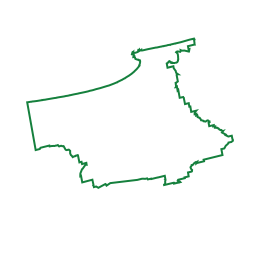 Noosa, Queensland, Australia, rotated 249°
{"feature_id": "25037944B90533392045393", "entity_name": "Noosa", "entity_type": "district", "adm_level": 2, "iso_a3": "AUS", "parent_name": "Australia", "parent_adm1": "Queensland", "projection": "equal_earth", "projection_center": [153.049, -26.318], "detail": "fine", "context": "isolated", "style": "outline", "palette": "green", "viewbox_px": 256, "rotation_deg": 249, "n_neighbors": 0, "source": "geoboundaries", "source_scale": "gbopen_adm2", "svg_char_len": 5664}
<svg xmlns="http://www.w3.org/2000/svg" viewBox="0 0 256 256"><g transform="rotate(249 128 128)"><path d="M68.9,206.5L74.8,207.6L74.4,210.6L76.4,212.9L77.2,215.1L77.7,216.1L78.4,216.6L77.9,219.5L78.2,220.2L78.3,221.0L78.6,221.4L79.7,221.7L80.2,221.5L83.6,222.1L84.1,218.6L86.7,216.2L86.8,216.2L87.0,216.8L90.1,214.1L91.0,215.5L91.0,215.3L91.6,215.1L92.2,214.5L92.7,214.4L92.9,214.1L92.8,213.7L93.8,212.8L94.2,212.7L94.9,212.2L95.1,212.3L96.2,211.5L96.3,210.9L96.9,210.4L96.8,210.1L97.1,209.3L98.3,210.0L98.9,208.0L99.2,208.1L99.1,208.4L99.2,208.5L100.0,209.0L100.6,204.5L104.0,205.1L104.2,206.3L104.9,206.4L104.9,205.9L106.5,205.3L106.6,204.3L106.2,202.8L106.3,202.4L106.9,201.7L107.2,201.0L107.7,201.0L108.8,199.5L109.0,199.0L110.1,199.0L111.2,198.7L111.5,198.4L111.9,198.5L113.2,196.9L113.6,196.9L114.0,197.2L115.2,197.3L115.2,196.1L116.7,196.8L116.9,195.1L117.3,195.2L117.7,195.7L117.9,195.6L118.6,196.1L119.0,196.9L119.5,197.2L119.5,197.4L119.7,197.8L120.4,192.8L125.7,193.9L125.8,193.3L125.9,192.9L129.4,193.6L129.9,189.8L136.9,191.0L137.0,191.4L137.7,187.1L145.6,188.6L145.2,187.7L149.0,188.5L148.8,188.0L149.0,187.2L149.5,187.8L152.2,188.4L152.3,188.6L153.1,188.7L153.1,189.4L153.6,191.2L160.1,192.4L160.4,193.5L160.2,194.0L162.0,192.8L163.2,192.8L164.1,193.0L167.4,192.1L169.4,192.5L169.8,189.6L169.7,189.6L170.1,186.5L174.4,187.3L174.5,187.7L174.5,188.5L175.3,189.6L175.6,190.5L175.5,190.8L175.0,190.9L174.7,191.1L174.3,191.1L174.2,191.3L174.1,191.1L173.9,191.1L173.5,191.4L173.1,191.9L173.0,192.7L172.7,192.8L172.6,193.0L172.5,193.6L172.0,194.6L171.8,195.7L171.7,195.8L171.6,195.7L171.8,195.9L171.7,196.4L171.8,197.4L172.2,198.1L173.1,198.9L173.4,199.0L173.6,199.0L173.9,199.4L174.3,199.6L175.4,199.9L175.5,199.9L176.0,200.1L176.8,200.4L177.4,200.5L178.4,200.8L179.2,200.9L180.0,200.8L181.1,200.4L181.5,200.1L181.8,200.6L181.7,201.8L180.4,204.1L181.2,205.0L181.8,205.1L180.9,206.0L180.1,208.4L177.6,212.1L177.9,212.3L177.8,212.5L179.1,213.3L179.1,213.2L179.6,213.5L179.6,212.7L182.9,213.3L182.1,219.8L182.0,220.1L182.3,220.1L182.6,220.1L183.3,220.5L185.5,221.0L185.9,221.1L186.5,221.7L186.7,221.8L187.0,221.4L187.1,221.5L187.8,221.6L188.4,217.2L189.2,207.9L189.8,203.5L189.9,203.0L189.8,202.7L190.0,202.4L190.6,197.9L190.6,197.3L190.5,197.1L190.7,196.9L191.0,195.4L191.1,195.1L191.2,193.4L191.7,190.8L191.6,190.6L191.7,190.3L191.9,189.8L192.1,188.1L192.3,187.3L192.8,183.8L193.1,182.9L193.5,180.5L194.5,174.5L195.2,169.5L195.5,168.4L195.6,168.2L196.2,168.4L196.1,168.0L196.3,168.0L196.0,167.9L196.1,167.5L196.2,167.3L196.2,167.1L196.1,166.9L196.1,166.6L196.9,166.7L197.0,166.7L196.7,166.3L196.8,166.3L196.8,166.1L197.1,166.2L197.3,165.7L197.2,165.6L197.0,165.8L196.7,165.7L196.4,165.5L196.4,165.4L196.3,165.2L196.1,165.1L195.9,165.1L195.7,165.2L195.5,164.1L195.6,161.9L195.8,160.8L196.0,160.2L196.2,160.3L196.5,160.0L197.0,160.2L196.8,159.8L197.1,160.0L197.3,159.7L197.2,159.4L195.6,158.2L195.5,158.4L195.4,158.7L195.0,158.8L194.9,158.9L194.7,159.0L194.5,159.5L194.1,159.7L193.6,159.5L193.1,159.0L193.1,158.9L192.8,158.7L192.5,158.5L192.3,158.6L192.3,158.8L192.2,158.7L192.0,159.5L191.8,159.7L191.4,159.8L190.8,159.7L189.8,159.7L189.7,159.9L189.3,160.3L188.8,160.9L188.3,161.4L188.2,161.9L188.0,162.3L187.9,162.4L187.4,162.4L187.2,162.9L186.9,163.4L186.1,163.3L185.1,162.9L184.4,162.3L184.4,162.0L184.4,161.9L184.3,162.3L183.9,162.2L182.1,160.6L181.9,160.8L180.8,158.9L180.0,157.5L179.3,155.9L179.0,155.1L178.4,153.9L177.3,150.7L176.5,147.5L176.4,147.2L176.3,146.2L175.8,143.8L175.5,142.8L175.6,142.6L175.2,140.0L175.1,139.7L175.1,139.2L174.8,135.5L174.7,134.6L174.5,134.4L174.6,134.1L174.5,131.0L174.5,125.4L174.7,123.6L175.2,116.3L175.7,112.1L175.9,109.0L176.1,107.5L176.4,105.8L176.5,103.9L177.0,100.4L178.0,94.3L178.0,93.9L178.8,89.4L179.4,85.3L179.5,85.2L179.5,84.7L179.7,83.3L180.0,82.0L180.1,81.6L180.4,79.5L181.7,73.4L181.7,73.1L181.9,72.3L181.9,71.7L182.4,69.7L183.7,63.1L183.8,62.7L184.2,60.3L184.5,59.7L184.5,59.3L184.7,58.3L184.7,58.1L184.9,57.9L184.8,57.7L184.9,57.3L185.9,52.5L186.7,49.3L187.1,48.0L187.1,47.4L187.5,46.1L187.6,45.4L187.8,44.6L187.8,44.3L188.1,43.1L140.5,33.9L140.0,38.1L140.9,39.2L139.8,48.3L138.9,48.2L138.6,50.0L138.0,51.9L137.6,52.8L137.5,53.4L137.5,54.0L137.2,55.2L137.2,56.4L137.0,56.5L135.7,56.9L135.5,57.1L135.4,59.1L135.2,59.5L134.7,59.9L134.5,60.2L134.4,61.0L134.1,61.4L130.4,61.9L130.0,62.1L129.5,62.5L129.3,63.0L129.1,64.8L129.0,65.0L127.4,65.8L125.0,64.9L123.2,65.0L122.1,65.6L121.2,65.8L120.6,66.0L120.8,66.9L120.7,67.9L120.8,68.4L120.6,68.8L120.9,69.3L120.7,70.0L120.8,70.3L120.7,70.7L120.7,71.4L120.5,71.5L113.3,70.3L113.1,72.5L110.8,72.2L110.4,76.6L108.5,76.2L109.0,75.2L106.1,70.9L106.0,70.3L102.7,67.3L101.2,66.6L100.1,66.2L100.2,67.0L93.6,65.8L92.5,76.2L87.4,75.4L86.9,75.0L86.7,75.2L85.0,75.0L84.8,77.3L82.8,78.9L83.8,86.8L83.2,87.2L82.8,87.1L81.9,87.3L82.9,91.7L76.2,118.2L75.6,123.0L74.3,126.1L74.1,127.8L72.9,128.1L72.4,131.5L72.0,131.5L71.2,137.9L71.1,138.0L70.2,145.2L66.5,144.5L66.5,144.3L66.2,144.4L65.7,144.2L65.3,143.8L64.4,143.4L63.7,143.2L62.9,142.8L62.7,142.6L62.3,142.3L62.2,141.4L61.8,141.3L60.5,151.1L60.4,151.3L59.9,150.9L59.6,150.9L58.7,157.5L59.2,157.3L59.3,157.1L59.2,156.5L59.6,156.1L60.0,156.4L60.3,156.2L60.8,156.3L61.0,155.8L61.0,155.7L60.9,155.6L60.7,155.8L60.4,155.7L61.0,155.5L61.5,156.0L61.7,156.3L60.8,163.0L61.6,163.1L61.1,167.3L65.0,168.1L64.5,171.8L64.8,172.3L65.9,172.8L66.4,172.5L67.5,172.2L69.0,172.3L69.7,173.5L70.6,174.1L70.5,174.6L70.3,175.0L70.6,175.9L71.2,176.6L71.4,177.1L71.6,178.2L71.9,178.7L71.6,179.0L71.6,179.6L71.7,180.4L70.9,179.7L70.5,179.4L70.6,179.8L69.7,187.1L70.5,187.3L71.3,187.3L68.9,206.5Z" fill="none" stroke="#15803d" stroke-width="2"/></g></svg>